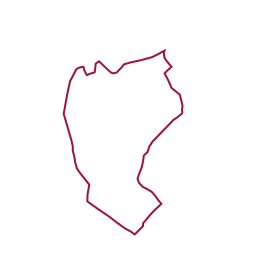 Dostluk, Chardzhou, Turkmenistan, rotated 313°
{"feature_id": "10190150B13703090222147", "entity_name": "Dostluk", "entity_type": "district", "adm_level": 2, "iso_a3": "TKM", "parent_name": "Turkmenistan", "parent_adm1": "Chardzhou", "projection": "albers", "projection_center": [65.017, 37.433], "detail": "fine", "context": "isolated", "style": "outline", "palette": "rose", "viewbox_px": 256, "rotation_deg": 313, "n_neighbors": 0, "source": "geoboundaries", "source_scale": "gbopen_adm2", "svg_char_len": 1351}
<svg xmlns="http://www.w3.org/2000/svg" viewBox="0 0 256 256"><g transform="rotate(313 128 128)"><path d="M122.8,53.7L116.1,57.6L107.2,63.1L100.9,67.2L99.2,68.3L94.5,71.3L92.8,74.2L88.4,81.6L86.7,84.5L83.7,89.5L80.4,95.0L76.7,100.4L76.6,100.5L73.9,102.9L72.6,104.9L70.2,108.6L67.2,112.3L63.6,118.2L62.3,123.9L61.3,130.7L61.1,132.1L60.2,138.3L53.7,142.5L51.6,143.9L46.6,148.3L47.5,155.6L48.6,163.3L50.5,175.7L51.3,185.2L51.4,185.3L52.5,194.1L54.3,201.4L54.7,205.4L54.8,205.5L66.5,205.9L67.1,205.3L68.7,204.0L73.5,203.8L80.6,203.4L85.2,203.5L86.3,203.5L94.6,204.1L95.3,204.1L95.9,199.1L96.9,194.6L97.5,188.9L96.3,183.2L95.0,178.8L95.4,173.5L97.3,169.7L101.7,167.5L108.3,165.0L114.3,161.5L118.7,158.3L123.5,158.7L129.5,156.1L134.8,155.2L152.8,155.5L160.0,155.7L165.1,155.7L168.9,156.7L175.8,157.6L178.9,154.4L181.1,153.1L184.9,147.7L187.7,143.0L187.0,132.6L190.4,124.7L192.9,117.5L196.6,117.5L202.4,118.1L203.5,109.7L204.6,106.2L207.4,102.9L209.4,102.0L206.6,100.9L203.2,99.9L196.3,97.3L189.4,93.1L183.6,89.3L183.6,89.2L182.8,88.7L177.8,85.2L171.7,81.6L168.3,82.0L164.8,81.9L160.9,81.9L160.4,81.6L159.4,81.0L158.0,80.1L157.0,77.8L156.9,75.1L156.9,68.8L157.0,61.3L153.0,60.5L148.4,64.0L145.9,65.6L141.9,63.3L141.0,62.9L138.6,61.8L140.1,57.3L142.3,53.7L139.1,51.2L135.8,50.1L129.8,51.8L122.8,53.7Z" fill="none" stroke="#9f1239" stroke-width="2"/></g></svg>